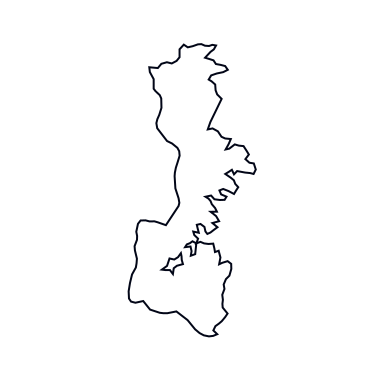 Rifaina, São Paulo, Brazil (orthographic projection), rotated 225°
{"feature_id": "56859067B80116249125616", "entity_name": "Rifaina", "entity_type": "district", "adm_level": 2, "iso_a3": "BRA", "parent_name": "Brazil", "parent_adm1": "São Paulo", "projection": "orthographic", "projection_center": [-47.445, -20.065], "detail": "fine", "context": "isolated", "style": "outline", "palette": "ink", "viewbox_px": 384, "rotation_deg": 225, "n_neighbors": 0, "source": "geoboundaries", "source_scale": "gbopen_adm2", "svg_char_len": 2702}
<svg xmlns="http://www.w3.org/2000/svg" viewBox="0 0 384 384"><g transform="rotate(225 192 192)"><path d="M73.6,109.3L79.0,109.2L80.6,113.7L79.9,118.0L79.6,121.7L80.1,127.0L80.9,131.2L88.6,132.0L91.4,134.4L93.9,137.6L97.9,140.7L100.5,146.4L104.2,149.0L106.4,154.4L106.4,159.3L109.8,165.4L113.5,168.9L117.9,168.3L120.5,163.4L121.7,160.1L125.6,165.8L131.6,169.3L133.3,165.8L136.4,168.0L140.5,170.5L143.6,166.9L147.1,164.2L150.8,162.7L152.6,158.7L154.7,163.3L160.0,163.2L163.1,164.9L158.4,168.0L162.0,170.1L165.4,172.2L163.4,175.4L158.5,176.1L154.6,173.6L151.5,173.2L150.3,176.4L149.8,180.4L149.1,185.1L155.6,184.5L152.2,190.5L157.9,192.0L164.8,191.2L160.5,195.7L164.3,197.0L169.4,197.4L172.4,198.7L175.6,199.0L179.1,198.2L176.0,203.0L171.0,202.7L166.6,206.1L163.4,209.5L164.3,213.1L169.7,210.9L173.7,212.5L172.1,216.2L166.8,218.5L160.9,220.3L161.9,224.3L162.7,228.1L167.1,228.3L170.7,229.9L174.8,229.5L181.2,228.3L180.2,232.4L179.5,235.9L174.8,234.2L174.9,238.7L168.2,243.3L164.3,246.5L161.2,248.3L162.8,253.0L168.5,255.9L172.1,253.3L177.5,253.0L178.3,258.7L182.4,259.7L188.0,260.9L191.7,257.9L195.4,255.9L196.3,249.0L198.3,245.9L199.9,251.6L202.0,256.9L206.4,253.3L210.2,251.9L213.2,252.5L216.6,253.2L222.4,251.5L225.1,247.4L228.5,254.5L236.9,278.8L243.2,278.8L247.2,280.6L251.6,284.4L256.5,284.1L259.7,283.3L260.9,288.0L258.3,293.3L254.7,298.8L253.1,303.7L257.6,304.5L261.7,302.1L265.6,299.4L269.9,300.3L273.0,298.7L277.7,296.2L278.0,304.1L277.4,308.3L278.6,312.6L281.7,310.4L283.2,307.3L286.3,304.6L289.9,303.2L292.2,300.6L294.6,295.6L297.3,291.3L302.0,290.4L301.7,284.1L298.5,280.9L296.1,278.5L295.6,273.8L297.2,268.6L301.5,266.0L304.3,261.0L303.8,255.5L310.4,250.0L306.6,247.0L298.9,244.7L292.1,237.9L289.0,237.5L283.3,237.7L279.9,236.4L273.1,229.9L269.7,223.4L268.0,219.0L265.9,215.5L261.7,212.5L245.7,210.4L240.4,212.2L233.6,212.9L229.9,211.8L226.4,208.9L222.7,201.9L220.6,197.8L217.8,193.6L215.5,190.9L206.3,182.8L197.1,178.1L193.3,175.4L191.6,172.6L187.0,150.1L194.9,146.3L197.8,144.7L201.2,141.2L204.8,139.1L208.2,135.5L207.7,131.3L203.3,124.5L199.7,122.1L197.1,119.3L194.3,113.1L191.0,110.3L183.8,105.9L180.8,102.4L178.3,98.9L176.1,91.3L171.5,83.8L166.6,77.0L161.2,72.1L157.6,71.4L153.7,73.7L149.4,80.4L138.5,79.2L129.4,83.8L126.6,86.0L123.7,88.9L118.6,96.5L104.5,98.3L92.7,97.1L86.9,97.6L82.3,99.0L77.9,101.9L75.3,105.2L73.6,109.3ZM156.6,140.9L153.9,139.1L151.2,136.7L147.4,134.6L150.5,129.2L151.0,125.2L147.5,120.5L152.4,121.2L155.6,118.0L158.4,115.8L157.4,122.1L160.9,129.1L156.8,131.7L155.8,136.0L156.6,140.9ZM152.6,158.7L145.8,150.3L147.8,146.1L150.5,149.9L154.5,152.4L157.9,148.1L158.6,151.3L157.3,154.3L156.8,157.5L152.6,158.7Z" fill="none" stroke="#020617" stroke-width="2"/></g></svg>